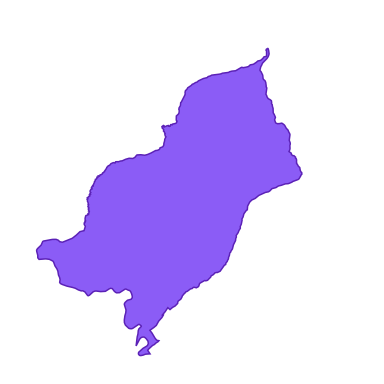 Belin, Covasna, Romania (Robinson projection), rotated 313°
{"feature_id": "2599482B25524840446073", "entity_name": "Belin", "entity_type": "district", "adm_level": 2, "iso_a3": "ROU", "parent_name": "Romania", "parent_adm1": "Covasna", "projection": "robinson", "projection_center": [25.628, 45.924], "detail": "fine", "context": "isolated", "style": "filled", "palette": "violet", "viewbox_px": 384, "rotation_deg": 313, "n_neighbors": 0, "source": "geoboundaries", "source_scale": "gbopen_adm2", "svg_char_len": 6026}
<svg xmlns="http://www.w3.org/2000/svg" viewBox="0 0 384 384"><g transform="rotate(313 192 192)"><path d="M281.1,258.9L281.0,258.0L281.6,256.5L283.4,254.1L283.4,252.1L284.2,249.9L284.1,249.3L284.5,248.6L285.0,248.4L285.4,247.8L286.7,246.7L287.4,245.6L287.4,244.5L288.1,244.0L288.1,241.7L287.4,241.1L287.2,239.4L287.3,239.0L287.6,238.9L288.1,237.8L287.7,235.4L289.6,234.7L290.8,233.9L292.7,231.9L294.2,231.1L295.1,230.0L296.1,227.9L300.7,224.6L301.4,223.5L301.7,222.3L302.8,219.9L302.9,217.5L303.9,214.5L304.0,213.6L303.8,211.4L303.5,210.6L301.9,209.5L300.3,208.0L299.7,206.6L299.7,205.9L301.1,203.2L303.5,202.1L304.8,199.2L305.3,197.4L308.5,194.2L309.5,192.4L310.6,191.1L310.9,189.8L311.9,189.1L312.9,187.8L312.8,186.1L312.2,183.9L312.6,182.8L312.8,181.8L313.5,180.8L313.9,179.4L318.8,176.0L319.3,175.4L319.5,174.5L320.2,173.9L322.5,171.1L323.2,169.4L323.1,167.8L323.3,166.8L325.7,164.0L327.1,160.4L327.2,159.0L327.6,158.5L330.6,156.8L331.8,156.6L334.3,155.7L340.7,155.8L343.0,155.4L344.9,154.6L345.7,154.1L347.6,151.8L348.7,150.1L348.7,149.6L348.0,149.6L347.4,149.0L346.6,149.2L346.0,149.7L346.1,150.2L345.8,150.5L342.7,153.4L341.8,153.8L340.0,152.5L337.9,152.7L335.8,152.5L334.9,152.3L332.7,150.8L330.7,150.6L327.3,149.8L324.7,147.9L322.2,147.7L320.3,146.5L317.9,144.7L317.2,143.4L316.7,143.1L310.4,141.2L307.7,138.8L305.8,137.6L304.3,137.1L299.5,133.1L298.5,132.8L296.9,131.7L290.9,126.7L289.5,126.3L287.5,125.1L285.9,125.0L282.7,122.9L277.7,120.9L275.7,120.7L274.4,119.9L272.2,119.4L271.0,118.7L269.5,118.8L265.3,117.8L263.7,118.2L261.6,118.1L260.1,119.0L259.0,120.2L257.6,120.8L250.6,122.8L249.6,122.8L247.3,124.6L244.6,125.2L243.3,126.2L243.2,126.7L242.3,127.6L240.9,128.6L239.7,128.9L236.9,128.7L234.2,131.1L233.5,132.0L233.6,132.7L232.2,133.4L231.1,133.3L228.3,131.4L227.4,131.6L227.1,130.8L226.8,130.5L225.8,130.7L225.2,131.1L224.8,130.9L224.2,130.0L224.6,129.5L224.5,129.3L222.9,128.3L222.0,128.1L221.3,127.5L220.4,127.3L220.4,126.7L221.4,126.2L221.2,125.7L219.3,125.4L218.3,127.0L218.5,128.0L218.3,128.8L217.1,129.6L217.2,130.6L216.4,131.9L216.5,132.4L215.7,132.8L215.0,133.8L214.7,134.3L214.6,135.3L212.0,136.1L210.5,137.2L208.5,138.2L207.0,139.4L205.1,139.8L202.5,138.5L201.5,139.0L200.5,139.0L198.9,138.3L197.5,137.1L192.5,135.4L189.1,133.9L186.7,132.4L184.3,129.1L181.7,126.6L181.2,126.4L178.4,126.6L176.2,125.9L173.8,123.0L170.6,121.1L167.2,119.7L165.9,118.6L163.9,117.5L162.9,116.3L161.9,115.5L160.8,115.9L159.8,114.4L157.5,113.4L155.2,113.5L154.2,112.9L151.8,112.9L151.1,113.3L147.7,113.8L147.3,114.1L146.9,113.9L145.7,114.0L145.0,113.6L144.1,114.0L142.9,113.8L141.9,113.1L140.6,113.5L140.3,113.4L140.1,112.6L139.5,112.3L138.9,113.0L138.3,113.2L138.0,113.1L137.9,112.5L136.4,113.3L135.4,112.7L134.1,113.6L133.2,113.5L132.9,113.9L129.8,115.0L129.3,115.5L129.0,115.1L128.6,115.5L128.0,115.1L127.6,115.2L127.2,115.6L126.4,115.6L126.3,116.5L126.1,116.8L125.0,116.3L123.3,116.7L122.7,117.3L122.6,118.3L121.4,118.3L121.0,118.7L121.1,119.2L119.9,118.9L119.8,119.7L119.4,120.0L118.9,120.0L118.1,119.4L117.2,119.7L116.3,119.3L116.0,119.7L116.3,120.2L116.0,120.5L115.1,120.3L115.0,120.9L114.0,121.7L113.3,123.4L113.0,123.6L112.7,124.2L111.9,124.6L112.1,125.1L110.3,125.9L110.4,126.9L109.5,127.2L109.3,128.1L108.6,128.1L108.2,129.0L107.5,129.3L107.8,130.1L106.4,130.8L106.0,130.8L105.7,131.2L105.3,130.7L104.9,130.8L104.7,131.4L104.4,131.1L103.9,131.3L102.4,130.5L101.9,130.6L99.9,131.7L98.8,132.8L98.6,133.5L97.7,133.5L97.6,134.2L97.1,134.1L96.5,134.6L96.0,134.3L95.7,134.3L95.4,134.8L94.7,135.4L94.4,136.7L94.0,137.5L90.1,139.4L86.6,137.1L81.6,136.8L76.5,136.0L67.3,131.7L66.8,131.4L65.4,129.0L65.6,127.3L64.7,124.9L62.1,122.2L54.8,116.8L54.0,116.6L50.2,117.9L45.2,117.6L43.5,118.0L42.6,119.0L40.5,122.4L38.7,124.1L38.4,126.1L43.3,130.6L45.5,133.6L46.6,137.4L46.3,138.7L44.5,142.2L43.7,145.5L42.7,147.8L40.2,151.0L39.2,153.4L38.3,154.8L37.8,155.4L35.7,156.8L35.3,158.1L35.9,160.2L37.9,164.8L40.8,169.8L42.0,172.3L42.9,175.7L44.1,178.4L45.2,179.4L45.9,181.7L45.1,186.3L45.4,186.9L46.6,187.4L51.6,187.8L53.0,188.4L54.1,189.3L56.9,193.2L60.3,196.4L64.6,197.5L66.0,198.1L67.0,199.6L66.4,202.9L66.5,204.6L66.9,205.7L69.0,207.7L75.3,209.3L75.7,209.6L76.1,210.2L76.7,212.3L77.4,213.6L77.3,215.1L76.4,217.2L75.1,219.3L73.9,220.4L72.0,220.6L68.8,218.6L65.9,218.4L64.5,218.6L63.6,219.2L60.7,224.2L58.5,225.9L55.6,227.4L52.2,229.8L50.4,231.6L49.3,233.9L49.2,235.5L49.2,238.7L49.7,239.8L50.9,241.2L52.0,241.7L58.6,243.2L59.2,243.7L59.5,245.6L59.4,246.2L59.1,246.6L55.7,246.5L54.0,247.2L51.3,249.3L48.7,250.7L41.3,256.1L48.5,254.1L50.2,254.0L51.8,254.5L52.9,255.5L53.4,256.3L53.5,258.4L52.9,261.5L51.4,263.4L49.4,264.1L48.1,263.9L44.3,262.8L38.4,262.3L37.5,262.8L36.9,263.5L36.7,265.0L37.4,266.1L39.2,267.4L41.7,268.6L45.0,271.7L46.0,267.6L47.4,267.4L52.9,267.8L54.8,268.5L56.9,268.6L59.6,269.3L60.7,269.2L59.7,267.6L59.6,266.9L59.9,264.6L61.6,258.8L62.1,255.5L66.9,256.5L70.1,256.9L74.8,255.7L79.7,255.6L82.4,255.0L81.9,254.2L86.2,254.0L90.9,253.2L91.0,256.1L94.4,256.5L97.1,257.4L100.7,257.5L101.9,256.6L102.8,256.3L105.9,256.9L108.1,256.4L109.7,255.7L111.4,255.8L112.5,255.5L113.2,255.8L114.7,255.6L116.2,256.3L120.2,257.0L121.4,257.9L123.1,258.0L123.9,258.7L124.9,260.5L127.0,261.2L127.9,261.1L130.1,260.0L131.1,260.1L135.8,261.6L136.2,262.0L136.4,262.6L138.0,263.6L142.5,263.7L143.7,263.2L146.3,264.0L148.4,263.9L149.9,264.8L150.3,265.4L153.2,266.6L160.6,265.6L161.9,266.1L163.0,265.3L165.3,265.1L166.4,264.6L167.9,264.3L169.0,263.4L171.1,262.6L173.2,261.2L174.3,261.3L175.4,260.8L177.9,260.4L181.7,258.3L186.1,257.0L188.0,255.6L189.3,255.2L190.3,254.0L193.6,253.5L195.9,252.6L198.4,252.1L199.7,250.8L202.1,250.0L205.5,247.9L206.4,246.9L208.5,246.4L211.5,244.8L215.6,244.3L216.7,244.6L219.6,242.3L223.9,241.1L226.9,241.2L230.4,242.6L235.1,243.2L241.8,246.0L244.3,247.8L245.9,248.2L249.0,248.2L252.5,250.4L255.4,251.1L257.7,252.7L261.6,254.7L263.6,256.6L264.7,257.2L267.4,258.4L268.3,258.5L273.5,261.1L274.6,261.3L278.1,260.5L278.4,260.2L280.0,260.2L281.1,258.9Z" fill="#8b5cf6" stroke="#5b21b6" stroke-width="1.5"/></g></svg>